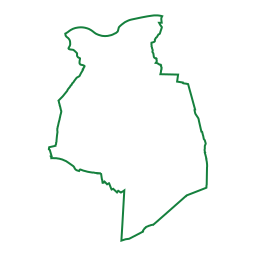 outline of Etten-Leur, Noord-Brabant, Netherlands
{"feature_id": "6326949B83094148172558", "entity_name": "Etten-Leur", "entity_type": "district", "adm_level": 2, "iso_a3": "NLD", "parent_name": "Netherlands", "parent_adm1": "Noord-Brabant", "projection": "robinson", "projection_center": [4.64, 51.576], "detail": "fine", "context": "isolated", "style": "outline", "palette": "green", "viewbox_px": 256, "rotation_deg": 0, "n_neighbors": 0, "source": "geoboundaries", "source_scale": "gbopen_adm2", "svg_char_len": 5400}
<svg xmlns="http://www.w3.org/2000/svg" viewBox="0 0 256 256"><path d="M162.2,16.2L161.5,16.0L160.0,15.7L158.6,15.5L157.4,15.4L156.3,15.4L155.1,15.4L154.1,15.4L151.7,15.7L147.6,16.3L141.2,17.5L131.7,19.5L130.1,19.9L128.9,20.3L127.3,21.0L124.9,22.2L121.8,24.5L120.2,25.9L119.3,26.8L118.9,27.3L118.7,27.9L118.0,30.7L117.6,31.6L116.3,32.7L115.6,33.2L114.5,33.6L113.5,34.2L112.1,34.8L111.3,35.1L107.8,35.9L106.4,36.0L105.0,36.1L102.5,35.9L101.8,35.8L100.4,35.4L98.7,34.9L97.7,34.5L96.1,33.8L94.6,32.8L92.7,31.3L91.3,30.3L89.0,29.0L87.1,28.3L84.8,27.7L82.8,27.4L80.6,27.3L78.1,27.5L75.4,28.0L73.0,28.8L70.9,29.9L69.5,30.8L67.8,32.1L66.1,33.2L65.3,33.6L65.4,34.2L65.5,35.1L65.6,35.3L65.7,35.7L66.2,36.4L66.4,36.7L67.4,37.5L68.2,38.1L68.8,38.8L69.4,39.7L69.7,40.3L69.9,40.9L70.1,42.0L70.2,44.2L70.2,44.4L70.0,45.2L69.8,45.8L68.6,48.0L68.5,48.3L68.6,48.6L68.9,49.0L69.6,49.3L70.6,49.5L72.3,49.7L73.0,49.8L73.5,50.0L73.8,50.2L75.4,51.6L76.9,53.1L77.0,53.3L77.1,53.6L77.0,55.2L77.1,55.7L77.2,56.2L77.8,57.0L78.0,57.3L78.7,57.7L79.7,58.1L80.0,58.4L80.0,58.5L80.0,58.8L79.6,61.0L79.5,62.9L79.6,63.4L79.7,63.7L80.1,64.1L80.4,64.5L80.5,64.6L80.9,64.7L83.1,65.2L83.3,65.3L83.5,65.4L84.0,65.6L84.5,66.0L84.5,66.6L84.4,66.8L84.0,67.2L83.8,67.6L82.9,69.0L83.2,69.1L83.1,69.3L82.9,70.0L81.0,73.1L79.6,75.9L79.4,76.1L79.2,76.3L76.7,77.7L76.6,77.8L74.2,81.0L73.4,82.3L73.1,82.6L72.2,83.4L72.1,83.6L72.0,83.8L71.8,84.4L71.7,84.7L71.4,85.0L70.6,85.5L70.5,85.8L70.5,86.0L70.2,86.6L69.7,87.1L69.3,87.7L69.1,87.8L68.7,88.4L68.4,88.7L67.8,89.5L67.6,89.8L67.4,90.5L66.8,91.4L66.4,91.8L65.8,92.6L65.2,93.3L62.7,96.4L58.5,100.6L58.6,100.9L59.0,102.1L59.0,102.4L59.0,102.6L59.6,104.5L59.6,105.1L59.7,105.4L59.9,105.7L59.9,105.9L60.0,106.5L60.2,106.9L60.3,107.1L60.4,107.6L60.4,108.1L60.5,108.3L60.7,109.0L60.8,109.5L60.9,110.1L61.2,110.7L61.2,111.3L61.3,111.6L61.3,111.9L61.1,112.4L61.0,112.9L60.9,113.6L60.5,114.8L60.3,115.9L60.1,116.7L60.0,117.4L59.7,118.4L59.6,119.3L59.3,120.3L59.2,120.8L58.7,122.6L58.0,125.9L57.9,126.3L57.7,126.7L57.5,128.2L57.3,128.6L57.3,130.2L57.3,130.6L57.4,131.2L57.5,132.2L57.4,132.6L57.0,135.5L56.8,137.4L56.5,140.6L56.5,141.4L56.4,142.1L56.1,142.6L56.1,143.9L55.8,144.7L55.3,145.4L55.3,145.5L55.4,145.8L54.7,146.0L49.2,147.2L48.9,148.7L48.9,149.3L49.3,149.4L49.8,150.0L51.6,156.2L50.8,156.4L51.2,157.1L51.3,158.2L52.2,158.1L54.4,158.2L56.2,158.2L57.9,158.5L59.4,158.7L60.4,159.0L62.3,159.5L64.3,160.4L66.0,161.1L68.4,162.7L73.4,166.2L73.9,166.9L74.2,167.2L74.8,168.6L75.0,168.8L75.4,169.3L75.8,169.7L76.3,170.0L76.8,170.3L77.4,170.5L79.1,171.0L79.8,169.7L80.1,169.5L80.4,169.5L83.3,170.6L85.3,171.1L87.4,171.7L89.6,172.1L92.6,172.6L93.0,172.5L93.9,172.6L94.3,172.7L95.0,172.9L96.7,173.0L98.9,173.2L98.7,173.4L98.8,173.4L101.0,173.5L101.0,173.2L101.9,179.3L102.0,179.4L102.1,179.5L102.5,182.3L102.6,182.8L103.7,182.7L104.4,181.5L104.7,181.7L107.1,184.3L109.0,183.2L109.1,183.3L111.2,188.7L111.5,189.3L111.6,189.5L113.2,188.8L117.0,192.4L117.6,191.5L117.8,191.2L118.2,190.8L120.9,192.5L121.0,192.4L121.9,191.9L122.6,191.6L124.3,190.4L122.4,223.9L121.4,240.6L125.8,239.2L126.0,239.2L129.0,238.8L129.5,238.6L140.7,232.8L142.1,232.0L142.4,231.9L142.5,231.8L142.9,231.6L143.0,231.5L142.9,231.3L142.8,231.5L142.7,231.4L143.2,230.3L144.3,228.9L144.5,228.5L144.6,228.3L145.0,228.2L145.4,227.9L145.5,227.6L145.7,227.4L145.9,227.1L146.4,226.9L147.2,226.5L148.1,226.2L148.8,225.8L149.4,225.7L151.0,225.1L152.0,224.9L152.9,224.7L153.2,224.8L154.0,224.0L153.9,224.2L162.6,216.6L186.3,195.7L186.4,195.8L186.7,195.4L206.2,187.8L206.4,187.7L206.5,185.5L206.6,184.9L206.7,184.7L207.0,167.4L207.1,166.7L207.1,165.2L207.1,164.9L206.8,161.8L206.4,159.9L206.3,159.4L206.2,158.9L206.4,158.8L205.3,154.3L205.2,154.1L204.8,152.6L205.1,152.4L205.0,152.2L204.9,152.2L204.7,150.8L204.6,150.3L204.6,149.5L204.8,148.9L204.8,146.3L204.9,145.7L205.6,144.0L205.7,143.4L204.9,140.6L204.7,140.1L204.4,139.7L204.0,139.3L203.8,139.0L203.2,135.9L202.9,135.0L202.3,132.5L202.1,132.0L202.1,131.8L202.0,131.7L201.5,131.6L201.4,131.6L201.1,130.4L199.0,121.2L198.6,119.1L198.3,118.2L196.3,115.2L195.3,113.6L194.8,111.5L194.5,109.9L194.6,109.6L195.1,109.5L194.1,106.0L191.6,96.8L189.3,88.5L188.1,84.1L187.0,83.9L186.9,83.8L183.3,83.3L182.8,83.0L182.8,82.9L182.8,82.5L177.1,81.6L178.1,74.6L160.4,74.2L161.0,71.7L161.0,71.1L161.0,70.7L161.2,70.4L161.2,70.1L161.3,69.9L161.3,69.5L161.3,69.4L161.5,69.2L161.6,68.8L161.4,68.4L161.4,68.0L161.4,67.8L161.5,67.7L161.6,67.4L161.1,66.5L160.9,65.9L161.0,65.7L161.1,65.4L161.1,65.2L160.7,64.7L160.0,64.6L159.4,64.6L158.8,64.1L158.3,63.7L157.6,63.5L157.0,63.0L155.7,62.9L155.8,62.7L156.1,62.4L156.5,61.9L156.6,61.7L156.7,61.4L156.8,60.9L156.4,59.5L156.6,59.0L156.6,58.7L156.4,58.5L156.1,58.2L155.8,58.2L155.2,58.2L154.5,57.8L153.9,57.0L153.8,56.7L153.4,53.6L153.3,53.3L153.1,53.0L152.4,51.9L152.6,50.9L152.7,50.5L152.7,50.3L152.5,49.4L152.1,48.5L152.0,47.6L151.5,46.3L151.6,45.7L151.6,45.2L151.4,44.2L151.5,42.7L153.0,42.3L153.8,42.0L154.1,41.9L154.7,41.4L154.9,41.0L154.9,40.8L154.9,40.6L154.9,40.2L154.9,39.4L155.0,39.3L155.5,38.7L155.7,38.2L155.9,37.8L156.0,37.7L156.6,37.3L157.1,36.8L157.6,35.8L158.5,34.4L159.1,34.2L159.3,34.1L159.7,33.8L159.9,33.4L160.6,31.2L161.7,27.9L161.8,27.6L161.8,27.4L161.8,27.0L161.2,26.3L160.9,25.7L160.6,25.5L160.3,25.0L159.1,22.8L160.4,22.8L161.3,22.7L161.7,22.7L161.3,19.5L161.3,18.9L161.3,18.6L161.4,17.8L162.2,16.2Z" fill="none" stroke="#15803d" stroke-width="2"/></svg>